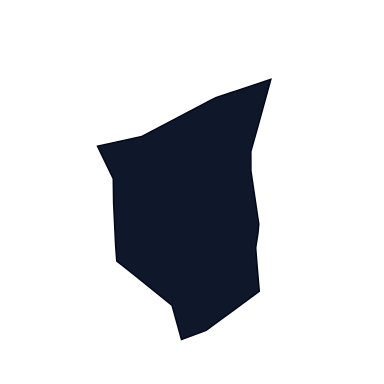 the district of Frei Paulo, Sergipe, Brazil, rotated 27°
{"feature_id": "56859067B9172708729961", "entity_name": "Frei Paulo", "entity_type": "district", "adm_level": 2, "iso_a3": "BRA", "parent_name": "Brazil", "parent_adm1": "Sergipe", "projection": "natural_earth1", "projection_center": [-37.581, -10.508], "detail": "fine", "context": "isolated", "style": "filled", "palette": "ink", "viewbox_px": 384, "rotation_deg": 27, "n_neighbors": 0, "source": "geoboundaries", "source_scale": "gbopen_adm2", "svg_char_len": 478}
<svg xmlns="http://www.w3.org/2000/svg" viewBox="0 0 384 384"><g transform="rotate(27 192 192)"><path d="M87.0,194.1L115.8,215.9L127.2,237.5L148.5,274.8L156.3,287.7L165.1,289.4L180.2,292.5L225.7,302.1L249.6,328.2L267.4,308.8L270.2,303.2L275.9,291.9L284.2,275.5L297.0,249.9L281.6,225.1L274.1,212.8L269.4,198.5L266.1,190.3L234.9,146.4L226.0,129.1L221.8,107.9L211.1,55.8L170.6,96.9L167.6,100.9L122.0,165.4L87.0,194.1Z" fill="#0f172a" stroke="#020617" stroke-width="1.5"/></g></svg>